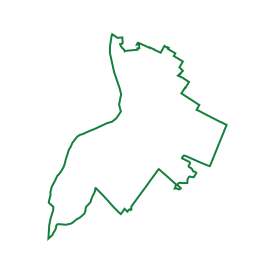 outline of Copaceni, Giurgiu, Romania, rotated 80°
{"feature_id": "2599482B89943815520443", "entity_name": "Copaceni", "entity_type": "district", "adm_level": 2, "iso_a3": "ROU", "parent_name": "Romania", "parent_adm1": "Giurgiu", "projection": "mercator", "projection_center": [26.1, 44.268], "detail": "fine", "context": "isolated", "style": "outline", "palette": "green", "viewbox_px": 256, "rotation_deg": 80, "n_neighbors": 0, "source": "geoboundaries", "source_scale": "gbopen_adm2", "svg_char_len": 4235}
<svg xmlns="http://www.w3.org/2000/svg" viewBox="0 0 256 256"><g transform="rotate(80 128 128)"><path d="M223.1,225.6L221.8,223.5L220.8,221.8L220.3,220.9L219.9,220.7L219.1,220.4L218.6,219.9L218.4,219.8L217.6,219.0L217.4,218.9L216.8,218.3L216.7,218.2L216.1,217.6L215.5,217.2L214.4,216.6L214.1,216.5L213.2,216.0L211.8,215.5L211.7,215.5L211.6,215.4L211.1,215.1L210.8,214.7L210.6,214.3L210.5,214.0L210.6,213.4L210.8,212.3L211.8,208.6L212.3,206.8L212.5,206.0L212.4,204.1L212.3,201.6L212.1,200.2L211.2,198.3L211.1,198.1L210.7,197.3L209.1,194.7L208.4,192.5L207.7,190.7L207.4,190.1L206.7,188.9L205.0,186.3L204.4,185.6L203.8,185.2L202.9,184.9L202.1,184.2L200.2,183.8L199.4,183.5L198.7,183.1L198.1,182.5L197.9,182.3L196.2,180.0L195.3,178.8L195.2,178.6L194.6,177.9L194.0,177.6L193.5,177.3L193.3,177.2L192.2,176.7L190.6,175.7L189.1,174.9L187.1,173.3L186.6,172.9L186.1,172.5L184.4,171.6L182.7,170.9L183.0,170.8L182.8,170.7L182.4,170.3L181.9,169.9L189.0,165.0L189.1,164.9L195.9,160.5L202.5,156.5L202.7,156.4L208.3,152.5L208.5,152.5L211.4,150.1L211.5,150.0L211.4,149.9L209.3,147.7L209.0,147.4L207.0,145.4L208.9,144.1L210.1,143.3L210.3,143.1L208.9,141.7L208.5,140.8L208.4,140.2L208.8,139.8L209.3,139.5L209.1,139.2L208.9,138.9L207.5,138.6L206.0,138.4L202.5,134.8L191.5,123.3L188.3,119.9L183.5,115.1L180.0,111.4L174.1,105.2L173.9,104.7L179.6,100.2L180.0,99.8L180.9,99.1L183.3,97.2L189.7,92.2L191.7,90.5L193.5,91.3L194.3,91.6L195.7,92.5L195.7,91.8L195.9,91.6L195.9,91.4L195.9,90.7L196.4,90.0L197.1,89.0L197.4,88.4L197.2,87.5L196.8,86.7L196.4,86.4L193.9,88.4L193.0,89.1L192.1,88.7L191.0,87.6L190.9,87.0L191.0,86.0L191.4,85.0L191.8,83.5L192.3,80.5L192.5,79.2L188.8,78.2L188.3,77.8L186.8,76.6L186.5,76.1L186.5,75.7L186.8,74.9L187.7,72.5L187.9,71.8L187.7,71.6L185.9,70.0L184.1,68.5L183.3,69.0L182.7,69.8L182.4,70.6L182.3,70.9L182.0,71.3L181.8,71.4L180.6,71.8L179.7,72.0L179.2,72.4L178.1,73.2L177.7,73.8L177.4,74.4L177.0,74.7L176.8,74.9L175.9,74.8L175.5,74.7L175.3,74.6L175.2,74.6L174.5,73.7L173.4,73.0L172.8,73.1L172.4,73.3L170.7,75.1L170.1,76.2L168.9,77.7L167.3,80.0L166.4,79.8L164.9,77.8L165.1,76.8L166.8,74.2L168.8,71.2L170.8,68.2L172.9,65.2L177.0,58.8L179.7,54.4L179.8,54.1L178.8,53.4L177.9,52.8L177.6,52.6L175.7,51.4L175.0,51.0L174.6,50.7L174.1,50.4L171.1,48.5L169.5,47.5L167.9,46.5L166.1,45.4L163.3,43.6L161.7,42.7L159.6,41.3L158.5,40.6L156.8,39.6L155.8,38.9L155.5,38.8L153.0,37.2L150.3,35.5L148.3,34.2L147.4,33.7L146.4,33.1L145.2,32.3L144.7,32.0L144.3,31.7L143.5,31.2L143.1,31.0L142.5,30.6L142.4,30.6L142.1,30.4L141.8,30.8L141.6,31.1L141.3,31.5L141.0,31.9L140.6,32.4L140.1,33.0L139.6,33.7L139.5,33.8L139.1,34.3L138.7,34.9L138.0,35.9L137.7,36.5L137.5,36.8L136.4,38.2L135.6,39.3L135.4,39.5L135.0,40.1L134.3,41.0L133.5,42.0L133.3,42.3L132.7,43.1L131.9,44.2L130.9,45.5L130.4,46.1L129.7,47.1L129.4,47.4L129.3,47.6L129.0,47.9L128.9,48.1L128.7,48.4L128.5,48.6L127.9,49.4L127.6,49.7L127.4,50.0L127.1,50.4L127.0,50.6L126.9,50.7L125.9,52.0L125.1,53.0L124.9,53.3L124.3,54.1L122.6,56.4L122.5,56.6L122.2,56.9L122.0,57.3L120.5,56.1L118.0,54.0L117.8,53.9L117.7,53.8L117.5,54.0L117.1,54.5L115.6,56.1L107.6,64.7L104.3,68.2L103.6,69.0L103.2,69.4L98.2,64.8L98.5,64.5L93.3,59.9L88.0,65.5L85.1,69.7L84.5,68.8L84.9,68.5L83.7,66.8L83.3,67.0L81.2,64.0L77.2,66.8L72.2,62.5L71.8,62.6L65.1,70.4L62.7,68.4L57.3,74.7L56.3,73.9L55.1,75.4L55.5,75.8L53.5,77.9L59.5,82.7L55.3,88.8L55.1,88.7L52.4,92.7L52.8,92.9L49.9,97.1L47.0,101.3L46.2,102.5L45.8,103.3L45.9,103.5L46.1,103.9L47.5,104.9L47.7,102.6L51.4,103.0L51.2,104.9L52.6,105.0L51.6,117.0L51.9,117.9L50.4,118.2L49.3,118.9L47.9,120.0L46.2,120.7L44.1,121.3L43.9,121.2L43.9,119.1L43.2,118.4L37.8,117.9L37.4,122.6L37.1,123.1L36.3,123.8L35.5,124.6L32.9,127.3L33.6,127.7L34.6,128.2L36.6,128.9L43.1,131.1L44.4,131.5L45.1,131.7L51.0,132.8L70.3,132.0L86.9,129.4L93.6,128.9L103.3,132.7L110.6,132.2L114.7,136.1L116.8,138.4L119.0,142.6L119.6,147.8L122.9,160.0L124.8,168.7L126.2,173.8L126.4,176.5L127.7,179.5L132.9,185.3L136.8,187.9L139.1,190.0L143.4,192.2L147.5,194.4L152.2,196.5L155.7,198.5L159.2,201.6L161.7,204.2L163.0,206.1L166.8,208.7L172.6,213.3L177.8,215.6L180.5,215.9L186.0,218.4L187.8,219.0L192.7,215.2L195.6,215.8L201.7,218.9L204.7,220.4L210.6,222.6L217.4,224.2L223.1,225.6Z" fill="none" stroke="#15803d" stroke-width="2"/></g></svg>